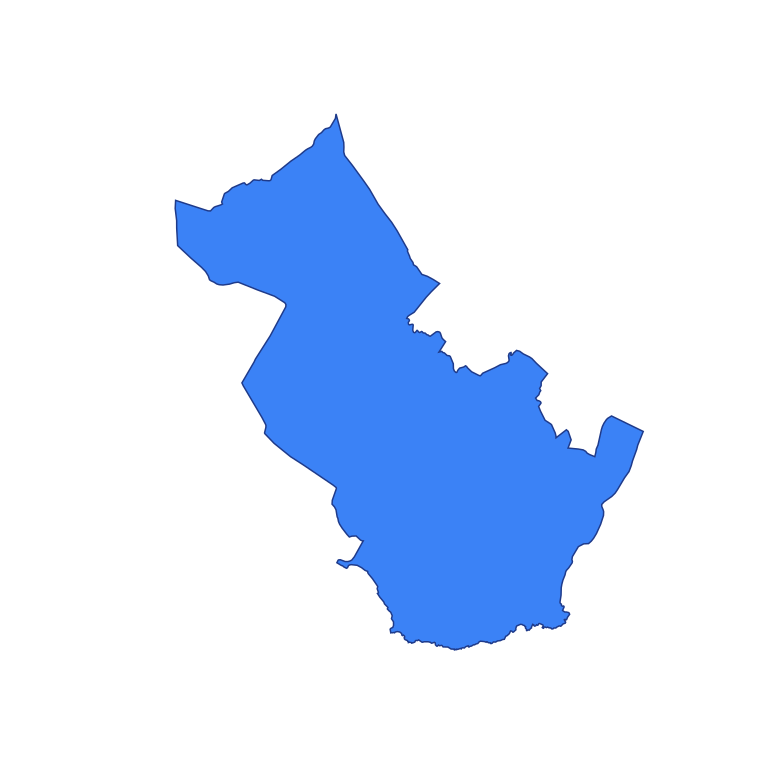 the district of Thuan Nam, Ninh Thuận, Vietnam, rotated 26°
{"feature_id": "81297802B94482771357603", "entity_name": "Thuan Nam", "entity_type": "district", "adm_level": 2, "iso_a3": "VNM", "parent_name": "Vietnam", "parent_adm1": "Ninh Thuận", "projection": "albers", "projection_center": [108.912, 11.451], "detail": "fine", "context": "isolated", "style": "filled", "palette": "blue", "viewbox_px": 768, "rotation_deg": 26, "n_neighbors": 0, "source": "geoboundaries", "source_scale": "gbopen_adm2", "svg_char_len": 6170}
<svg xmlns="http://www.w3.org/2000/svg" viewBox="0 0 768 768"><g transform="rotate(26 384 384)"><path d="M222.5,162.3L223.9,166.6L223.1,176.6L221.9,178.3L219.5,180.2L218.6,181.9L217.6,185.5L215.9,188.4L214.8,193.6L214.8,196.1L215.6,199.1L215.3,201.7L214.4,203.4L212.3,206.1L211.0,208.2L207.8,215.3L202.6,224.5L197.1,236.3L192.1,245.6L192.9,249.9L192.5,251.0L191.7,251.7L185.7,254.1L184.1,253.7L182.7,255.7L177.9,257.4L177.2,258.0L175.5,262.2L173.8,264.8L173.2,265.2L172.2,265.2L170.5,264.4L169.3,265.1L161.6,274.1L159.7,279.1L157.4,282.4L157.2,283.2L158.3,291.6L159.9,293.0L158.7,294.7L154.6,298.6L153.6,300.0L152.2,304.5L150.0,305.5L145.2,306.2L116.2,310.3L119.4,317.8L126.0,328.0L129.3,334.7L137.9,350.1L155.7,355.6L168.7,359.1L174.3,361.1L178.6,363.8L181.5,366.8L183.3,367.1L186.6,367.0L189.8,367.4L192.3,367.0L195.9,365.6L201.3,362.0L205.0,358.6L208.3,356.4L228.9,354.9L247.2,353.1L258.8,354.4L259.9,354.8L261.1,355.7L261.9,357.7L260.6,390.7L257.5,418.1L257.6,421.0L255.8,445.3L258.3,447.3L289.0,467.6L295.0,472.0L296.0,472.9L296.8,474.6L298.1,480.4L298.7,480.9L311.2,485.5L331.9,490.3L346.3,492.0L382.8,497.2L386.3,498.0L386.8,498.4L387.1,499.3L388.5,511.2L390.0,514.8L393.4,516.2L396.0,518.1L400.2,524.0L401.3,524.8L403.4,527.6L405.6,529.5L409.7,532.0L416.6,535.4L419.9,536.7L421.9,534.8L425.6,532.8L431.4,534.6L433.1,534.5L434.1,534.1L433.1,552.4L432.2,556.4L430.9,558.1L429.4,559.4L426.9,560.6L421.8,561.1L420.4,561.9L420.0,562.5L420.0,565.3L425.4,565.8L426.4,565.5L427.9,566.0L431.0,566.1L431.7,565.2L431.7,562.8L432.4,561.7L433.8,560.7L439.4,558.7L444.3,558.9L448.6,559.8L451.5,559.6L451.9,560.4L452.9,561.3L459.1,564.1L466.8,568.5L467.2,568.9L467.6,571.0L470.4,573.8L470.5,574.3L469.9,575.1L473.8,577.5L479.4,580.0L480.8,581.4L485.5,583.1L485.6,584.7L487.7,585.6L490.1,586.2L493.0,588.7L493.6,591.7L496.8,593.6L498.4,596.8L498.6,598.9L497.2,600.8L497.0,601.7L499.1,604.6L499.3,604.3L500.2,604.2L501.7,603.1L502.6,603.0L502.8,602.1L504.4,600.7L506.8,600.0L509.1,600.5L510.4,602.0L511.0,602.0L511.5,601.2L512.9,601.6L513.5,602.3L513.4,603.3L513.8,603.4L514.2,604.2L515.1,604.5L517.6,604.4L518.2,605.0L518.9,604.9L519.3,605.7L520.3,604.8L521.9,604.4L522.4,604.8L522.7,604.6L522.8,604.2L523.3,604.1L524.8,602.5L524.8,601.0L525.2,600.4L526.5,600.0L527.3,598.8L531.3,599.4L532.0,599.1L533.0,598.1L536.7,596.3L539.1,595.8L540.1,596.2L540.6,596.0L542.5,594.1L543.5,594.2L544.6,595.9L546.2,596.5L546.9,596.2L547.4,594.7L548.6,594.9L550.4,593.6L551.1,593.7L552.3,594.4L556.8,592.4L560.5,592.8L563.4,591.5L563.7,592.1L564.0,592.1L564.4,591.3L565.3,591.3L565.7,590.3L566.5,590.3L568.6,588.2L569.5,588.3L569.5,587.6L570.3,586.6L572.0,586.0L572.5,584.4L574.4,582.4L575.1,583.2L575.7,583.2L576.1,582.3L577.5,581.2L578.9,579.0L579.8,578.7L580.4,577.6L582.1,576.1L582.5,574.2L583.4,572.9L587.1,571.5L589.0,571.3L589.0,570.9L589.6,570.5L591.2,570.8L593.1,570.0L593.5,570.5L594.0,570.4L594.8,569.7L595.4,567.9L597.5,567.0L598.6,565.2L601.1,563.6L602.7,561.6L604.1,560.7L604.0,557.4L605.0,556.2L606.1,553.4L606.0,550.5L607.2,550.1L608.5,550.6L609.1,550.2L610.3,547.1L609.6,545.9L609.3,543.8L609.5,543.1L612.0,540.2L613.6,539.6L614.9,539.8L616.2,539.5L617.0,540.2L617.7,540.1L618.1,541.3L620.0,542.3L620.2,543.1L620.5,543.1L621.6,541.7L622.4,541.6L622.9,539.5L623.5,538.6L623.1,537.7L623.0,534.8L624.2,534.8L624.5,535.4L625.5,535.6L626.3,534.9L626.7,533.5L627.4,533.6L628.0,533.4L628.2,531.5L629.0,531.0L632.4,530.9L633.2,531.7L633.0,533.5L634.2,533.8L634.5,533.5L634.4,532.3L635.5,531.8L636.7,531.8L637.6,530.8L639.4,530.8L640.1,530.3L641.6,530.3L641.9,530.6L642.6,530.4L643.2,530.0L643.7,528.8L645.4,528.0L645.8,526.9L647.5,524.6L649.1,524.2L650.2,521.0L651.7,519.6L651.7,518.5L649.4,516.9L649.8,516.2L650.1,516.1L650.6,516.6L651.4,515.7L651.2,513.0L651.8,509.6L650.8,508.7L650.1,508.5L647.8,509.0L646.4,509.7L643.8,509.3L643.6,505.4L642.8,504.8L642.0,505.4L640.7,505.4L640.0,504.2L638.4,503.7L637.8,502.9L635.7,496.2L632.6,489.4L631.6,485.9L630.8,481.8L630.4,476.3L629.6,473.0L629.7,471.4L630.6,468.4L631.5,462.3L631.1,460.8L629.9,459.5L629.0,456.6L630.0,444.9L633.6,440.1L637.8,437.8L639.2,434.4L640.0,430.9L640.5,425.3L640.2,415.0L638.9,405.9L637.4,402.5L636.3,401.2L633.4,398.6L632.5,396.8L633.5,393.4L638.1,385.0L639.6,380.7L640.2,376.4L641.3,363.0L642.6,355.3L642.0,348.9L641.1,344.3L639.8,332.1L638.9,327.8L637.8,313.0L602.5,313.0L600.1,316.8L599.5,318.5L598.9,322.7L598.9,326.4L599.4,329.7L603.1,345.1L603.3,349.5L604.4,352.7L605.3,356.9L599.8,357.3L596.9,357.1L594.8,356.1L591.9,355.9L587.1,357.3L577.5,360.9L576.7,352.2L570.3,345.8L568.0,345.2L562.2,356.9L561.3,355.3L559.4,353.0L552.5,347.2L551.3,346.8L544.7,346.0L536.7,339.9L532.8,336.4L533.5,332.6L533.2,331.9L532.3,331.3L530.3,331.2L529.0,331.7L526.4,330.2L527.9,325.7L527.5,323.0L527.8,321.3L525.8,319.8L526.0,316.7L524.4,313.3L526.5,303.0L512.0,298.6L505.8,296.3L503.0,295.9L496.1,295.9L491.6,295.1L488.4,295.7L486.9,299.3L486.7,301.0L486.2,302.2L485.5,302.5L485.1,302.4L484.8,300.4L484.3,300.0L483.3,301.2L483.1,301.9L483.5,304.1L485.9,307.6L486.2,308.7L485.7,310.4L484.7,311.9L480.2,315.6L476.4,320.8L468.0,331.0L467.2,334.0L466.8,334.5L465.3,334.7L457.4,334.6L452.1,332.9L450.5,332.0L449.3,331.9L448.2,333.8L445.0,336.6L444.3,339.4L444.4,341.3L444.1,341.9L443.4,342.1L441.4,341.4L439.7,339.8L437.4,335.4L431.5,330.2L430.4,330.0L428.2,330.7L424.7,329.6L423.0,329.9L421.6,329.3L419.4,331.2L420.8,318.9L417.5,317.9L415.8,317.1L412.5,313.7L411.3,313.0L409.4,313.3L408.0,314.3L404.7,320.7L403.6,321.0L402.4,320.6L400.8,320.9L398.8,320.2L396.7,320.9L395.5,320.3L394.8,320.3L393.5,322.1L392.4,322.1L390.5,321.2L390.1,321.4L389.6,323.8L389.2,324.4L387.9,324.6L386.3,323.1L384.4,318.2L383.9,317.8L383.2,317.9L380.8,319.8L379.7,319.4L378.8,317.9L379.1,316.0L378.8,315.5L378.0,314.9L377.0,314.8L375.7,315.1L375.7,313.0L376.5,311.3L379.7,306.2L383.9,287.5L386.0,280.5L389.9,269.3L382.6,268.5L375.7,268.2L370.0,268.9L361.9,264.3L358.2,263.9L356.8,262.1L352.6,259.7L350.8,257.8L348.0,255.4L346.8,254.3L346.5,252.9L328.4,240.4L320.0,235.3L310.0,230.4L299.9,225.0L285.8,215.4L277.0,210.5L259.8,201.4L248.5,195.9L246.1,193.1L244.1,188.6L241.9,184.5L222.5,162.3Z" fill="#3b82f6" stroke="#1e3a8a" stroke-width="1.5"/></g></svg>